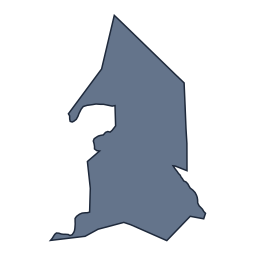 the district of Novo Oriente do Piauí, Piauí, Brazil
{"feature_id": "56859067B12643710449311", "entity_name": "Novo Oriente do Piauí", "entity_type": "district", "adm_level": 2, "iso_a3": "BRA", "parent_name": "Brazil", "parent_adm1": "Piauí", "projection": "robinson", "projection_center": [-42.009, -6.478], "detail": "fine", "context": "isolated", "style": "filled", "palette": "slate", "viewbox_px": 256, "rotation_deg": 0, "n_neighbors": 0, "source": "geoboundaries", "source_scale": "gbopen_adm2", "svg_char_len": 1331}
<svg xmlns="http://www.w3.org/2000/svg" viewBox="0 0 256 256"><path d="M50.5,240.4L85.1,236.3L98.1,229.2L123.8,222.4L130.7,224.7L166.8,240.6L190.2,216.3L203.7,218.8L205.5,213.3L203.8,211.6L202.5,209.3L200.7,207.4L199.1,205.8L197.7,203.0L197.6,199.9L197.2,197.3L196.4,195.1L195.1,192.6L192.8,190.1L190.2,188.1L189.0,186.1L187.9,184.0L186.2,182.1L183.7,180.9L182.3,178.6L181.0,177.0L180.2,175.2L178.5,173.5L177.0,171.3L174.9,168.6L173.1,165.8L175.4,166.1L187.0,170.7L186.9,143.5L186.0,128.8L185.1,106.5L184.1,82.9L175.3,74.5L120.9,21.7L114.3,15.4L102.3,66.0L101.6,69.0L99.0,72.5L68.4,113.8L69.6,115.8L69.7,119.1L70.2,121.4L72.2,122.0L73.9,121.2L76.3,119.3L78.0,116.2L78.9,113.7L81.2,109.1L83.3,106.5L87.2,105.3L88.9,105.1L92.5,104.6L96.0,104.0L100.5,104.3L103.5,104.3L106.0,104.8L112.2,106.1L115.0,105.6L115.6,125.9L112.1,130.4L110.1,132.1L107.8,131.5L105.5,132.4L103.3,134.9L100.5,135.4L98.4,136.0L96.7,137.0L94.2,138.7L93.3,141.0L94.1,143.8L94.5,146.4L94.5,148.9L96.7,150.6L99.6,151.0L87.4,161.5L90.3,188.3L89.6,212.1L87.5,212.7L84.9,212.8L82.1,213.1L79.5,214.2L76.6,216.3L75.1,218.4L75.1,221.3L75.2,224.0L74.9,228.2L74.5,230.6L73.8,232.3L72.2,234.7L69.9,235.5L68.3,234.5L65.5,234.3L63.5,234.3L61.3,234.0L58.9,233.2L56.4,233.0L54.8,234.3L53.5,236.3L52.2,238.4L50.5,240.4Z" fill="#64748b" stroke="#1e293b" stroke-width="1.5"/></svg>